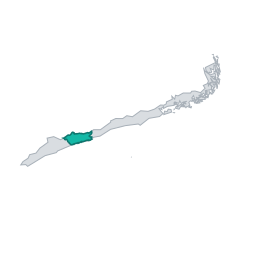 Atacama highlighted on a map of Chile, rotated 243°
{"feature_id": "CHL-2696", "entity_name": "Atacama", "entity_type": "Region", "adm_level": 1, "iso_a3": "CHL", "parent_name": "Chile", "parent_adm1": "", "projection": "equal_earth", "projection_center": [-70.184, -27.52], "detail": "fine", "context": "in_parent", "style": "filled", "palette": "teal", "viewbox_px": 256, "rotation_deg": 243, "n_neighbors": 0, "source": "natural_earth", "source_scale": "10m", "svg_char_len": 6837}
<svg xmlns="http://www.w3.org/2000/svg" viewBox="0 0 256 256"><g transform="rotate(243 128 128)"><path d="M139.4,21.2L141.8,20.3L143.8,15.7L145.8,19.3L146.4,25.2L148.9,28.3L147.4,34.6L150.1,40.4L151.6,50.2L155.7,51.3L154.0,57.9L148.2,62.5L148.1,73.4L149.3,76.6L146.8,77.7L143.0,85.6L141.3,91.3L142.1,96.6L139.0,102.6L141.0,115.2L142.2,115.7L142.0,121.4L138.8,127.6L139.5,132.5L136.0,137.1L137.6,147.1L133.7,153.5L132.8,160.2L133.7,167.4L132.0,170.4L132.2,173.2L133.8,174.1L133.5,180.5L136.4,181.5L132.5,182.7L135.6,185.2L133.9,187.2L134.1,193.0L130.8,199.6L131.8,201.5L130.5,204.5L126.6,208.7L128.4,214.7L131.7,214.4L131.5,218.8L133.3,221.0L141.4,221.2L147.5,222.7L144.3,222.2L138.1,225.1L137.3,230.1L136.1,230.6L131.6,228.0L133.5,227.4L134.1,228.7L136.4,225.3L132.2,226.9L131.1,228.5L129.1,227.4L130.3,225.0L135.2,224.2L130.4,223.9L128.8,226.6L126.7,225.4L128.3,224.8L128.7,223.7L125.2,224.4L124.0,221.8L125.8,222.4L130.0,220.9L130.4,223.0L131.1,222.5L131.0,219.7L128.4,218.4L130.8,220.2L127.1,221.4L124.3,219.5L125.3,217.4L121.7,216.4L120.5,214.4L122.2,214.3L122.3,212.7L124.4,215.1L125.8,215.7L126.3,213.4L125.1,215.2L124.1,214.0L125.1,213.5L122.3,211.9L125.0,210.8L123.6,208.8L125.5,208.8L124.4,207.9L125.0,205.7L123.3,207.7L123.3,203.5L124.6,202.8L122.7,202.8L122.2,200.3L127.2,201.1L125.8,198.4L123.7,200.1L121.8,198.7L124.0,198.1L122.5,197.2L123.9,195.9L123.2,193.8L120.2,193.5L120.3,192.3L118.0,193.3L118.5,194.6L117.3,193.3L120.5,190.3L119.8,188.8L123.7,188.2L124.5,186.2L124.3,189.8L122.7,190.7L124.5,190.3L125.5,188.4L125.1,192.6L126.1,188.9L125.5,186.6L128.8,186.5L126.8,184.5L129.9,181.7L129.9,180.8L127.3,179.3L129.4,173.0L129.3,168.6L130.9,169.3L130.5,167.0L129.0,166.6L131.0,165.1L131.2,164.3L125.0,165.7L123.9,161.3L127.1,151.1L124.9,140.1L126.9,139.0L131.3,126.7L134.7,111.9L133.5,99.4L135.3,93.3L134.3,88.8L138.3,72.5L139.5,54.9L138.6,52.9L141.0,41.6L139.4,21.2ZM146.8,224.5L146.6,235.4L133.8,234.2L138.1,232.8L140.0,233.8L137.8,231.8L139.1,229.4L139.1,231.9L144.2,234.0L145.0,233.2L140.7,230.7L143.8,228.3L140.0,228.1L139.5,226.7L140.7,225.9L139.7,225.0L143.6,223.6L146.8,224.5ZM125.0,174.7L122.4,174.1L123.7,166.0L126.4,168.2L124.9,170.4L126.5,172.4L125.0,174.7ZM122.5,204.4L122.4,210.9L121.2,209.4L121.8,207.8L120.5,210.1L118.5,209.8L121.0,204.2L122.5,204.4ZM141.3,236.8L147.3,235.9L146.7,236.9L148.9,239.2L144.4,236.9L143.6,238.3L141.3,236.8ZM125.3,180.6L124.2,181.7L125.3,185.4L123.9,185.8L121.6,182.0L124.2,179.2L125.3,180.6ZM129.6,228.6L132.5,230.3L129.9,231.8L130.3,230.5L128.5,231.1L125.9,229.0L129.6,228.6ZM132.5,231.4L137.3,232.4L133.6,232.7L132.5,231.4ZM152.7,236.9L148.8,237.2L147.9,236.0L152.1,236.0L152.7,236.9ZM122.3,203.4L120.9,203.6L119.4,200.4L121.1,199.5L122.3,203.4ZM119.9,203.6L117.8,203.4L118.8,200.4L119.9,203.6ZM129.4,181.2L126.8,182.7L127.4,180.4L129.4,181.2ZM121.7,219.3L123.0,221.0L122.4,222.6L120.6,220.1L121.7,219.3ZM122.4,225.0L126.7,226.6L128.8,228.0L124.2,226.6L122.4,225.0ZM123.4,187.3L121.4,187.6L123.0,184.9L123.4,187.3ZM135.6,235.6L139.6,235.7L140.1,236.7L135.6,235.6ZM120.1,204.7L119.0,206.5L118.0,206.6L118.2,204.9L120.1,204.7ZM121.3,211.4L119.8,212.8L119.0,212.7L119.4,210.9L121.3,211.4ZM122.8,217.5L120.8,218.1L119.9,219.3L120.4,217.5L122.8,217.5ZM119.7,214.0L119.1,213.4L120.4,213.5L119.7,214.0ZM125.8,183.0L125.0,182.0L125.2,181.5L125.7,181.8L125.8,183.0ZM124.6,220.5L123.7,220.7L123.2,219.8L124.6,220.5ZM120.8,199.0L119.3,199.0L120.7,198.8L120.8,199.0ZM151.5,239.0L151.7,239.9L150.8,239.5L151.5,239.0ZM123.5,177.4L124.3,178.0L123.5,177.7L123.5,177.4ZM150.9,240.1L149.7,240.3L149.6,240.2L150.9,240.1ZM154.9,236.9L154.8,237.4L154.4,237.3L154.9,236.9ZM100.8,117.5L100.3,118.0L100.8,117.5ZM120.9,175.8L120.6,176.3L120.5,176.0L120.9,175.8Z" fill="#d9dde1" stroke="#a8b0b8" stroke-width="1"/><path d="M148.3,65.9L148.0,66.9L148.0,67.1L148.0,67.3L148.2,67.6L148.3,67.7L148.2,67.8L148.2,68.0L148.2,68.3L148.3,68.5L148.5,68.7L148.5,68.9L148.6,69.4L148.9,71.0L148.9,71.3L148.9,71.6L148.3,72.1L148.1,72.4L148.1,72.6L148.0,72.8L148.0,73.3L148.1,73.6L148.2,73.9L148.3,74.2L148.4,74.4L149.3,75.9L149.4,76.1L149.4,76.3L149.3,76.6L149.3,76.8L149.3,77.0L149.2,77.0L148.8,77.1L148.7,77.2L148.4,77.2L148.3,77.3L148.2,77.4L148.1,77.6L148.1,77.8L147.9,77.8L147.8,77.7L147.6,77.6L147.4,77.4L147.2,77.4L147.0,77.5L146.9,77.6L146.7,78.0L146.7,78.3L146.7,78.5L146.4,79.2L146.4,79.3L146.1,79.5L146.0,79.8L146.0,80.1L145.8,80.5L145.7,80.7L145.7,80.8L145.7,81.0L145.6,81.3L145.5,81.6L145.3,82.6L145.2,82.7L145.1,82.8L144.8,82.9L144.7,83.0L144.6,83.3L144.4,83.9L144.3,84.1L144.2,84.3L143.9,84.3L143.9,84.2L143.8,84.3L143.7,84.6L143.5,85.0L143.2,85.3L143.0,85.5L142.9,85.9L142.9,86.6L142.7,86.9L142.6,87.0L142.5,87.3L142.5,87.5L142.6,87.9L142.6,88.0L142.5,88.4L142.5,88.5L142.4,88.7L142.4,88.8L142.3,89.0L142.3,89.3L142.3,89.6L142.3,89.8L142.2,90.0L141.9,90.2L141.8,90.3L141.7,90.4L141.6,90.5L141.4,90.6L141.5,90.8L141.4,90.9L141.3,91.0L141.2,91.0L141.2,91.5L141.3,91.7L141.3,91.8L141.3,92.1L141.4,92.3L141.5,92.9L141.5,93.1L141.5,93.3L141.6,93.6L141.7,93.8L141.4,93.9L141.4,94.0L141.0,93.9L140.9,93.9L140.7,93.8L140.5,93.7L140.1,93.6L139.9,93.4L139.8,93.2L139.7,93.0L139.4,92.7L139.2,92.3L138.8,90.4L138.7,90.0L138.6,89.9L138.2,89.7L138.0,89.8L138.0,90.0L137.9,90.1L137.7,90.3L137.1,90.4L136.9,90.5L136.7,91.2L136.7,91.4L136.6,91.5L136.4,91.7L136.2,91.5L136.2,91.4L135.9,91.4L135.7,91.3L135.7,91.2L135.6,90.9L135.5,90.7L135.4,90.7L135.1,90.5L134.9,90.4L134.6,90.5L134.4,90.6L134.4,90.2L134.5,90.0L134.5,89.9L134.4,89.8L134.4,89.7L134.4,89.2L134.3,88.9L134.3,88.6L134.4,88.3L134.6,88.2L134.8,88.1L134.9,87.9L135.0,87.7L135.2,87.4L135.3,87.3L135.4,86.9L135.3,86.7L135.2,86.7L135.3,86.6L135.4,86.4L135.5,86.3L135.4,86.1L135.5,86.0L135.7,85.8L135.8,85.6L135.9,85.3L135.9,85.1L135.8,84.9L135.9,84.7L136.0,84.4L136.0,83.9L135.9,83.6L136.0,83.5L136.0,83.4L136.1,82.7L136.1,82.4L136.2,82.2L136.3,82.0L136.3,81.9L136.3,81.7L136.4,81.4L136.5,81.3L136.5,81.2L136.5,80.9L136.6,81.0L136.8,80.9L137.0,80.8L137.0,80.7L137.1,80.4L137.1,80.2L137.2,79.9L137.2,79.7L137.1,79.4L136.9,79.1L137.0,78.8L137.0,78.6L136.9,78.4L136.9,78.1L136.9,77.9L136.9,77.6L137.0,77.5L137.0,77.4L137.1,77.5L137.3,77.5L137.3,77.4L137.4,77.2L137.5,77.1L137.5,76.9L137.7,76.7L137.6,76.3L137.6,76.2L137.5,75.9L137.7,75.4L137.8,75.3L137.9,75.2L137.8,74.9L138.0,74.7L138.0,74.3L138.1,74.0L138.1,73.9L138.1,73.7L138.1,73.4L138.2,73.2L138.1,72.9L138.3,72.9L138.3,72.7L138.4,72.4L138.2,72.4L138.2,72.2L138.3,72.1L138.3,71.9L138.3,71.7L138.2,71.5L138.3,71.4L138.3,71.1L138.3,70.9L138.4,70.7L138.8,69.9L139.5,69.3L139.9,69.3L140.1,69.3L140.7,68.8L141.1,68.7L141.3,68.9L142.0,68.8L142.5,68.5L142.8,68.3L143.5,68.2L144.1,68.4L145.8,68.2L145.8,67.9L146.0,67.4L146.1,67.2L146.2,66.9L146.1,66.7L146.5,66.5L146.8,66.4L147.2,66.5L147.3,66.5L147.5,66.5L147.6,66.4L148.0,66.1L148.3,65.9L148.3,65.9Z" fill="#14b8a6" stroke="#0f766e" stroke-width="1.5"/></g></svg>